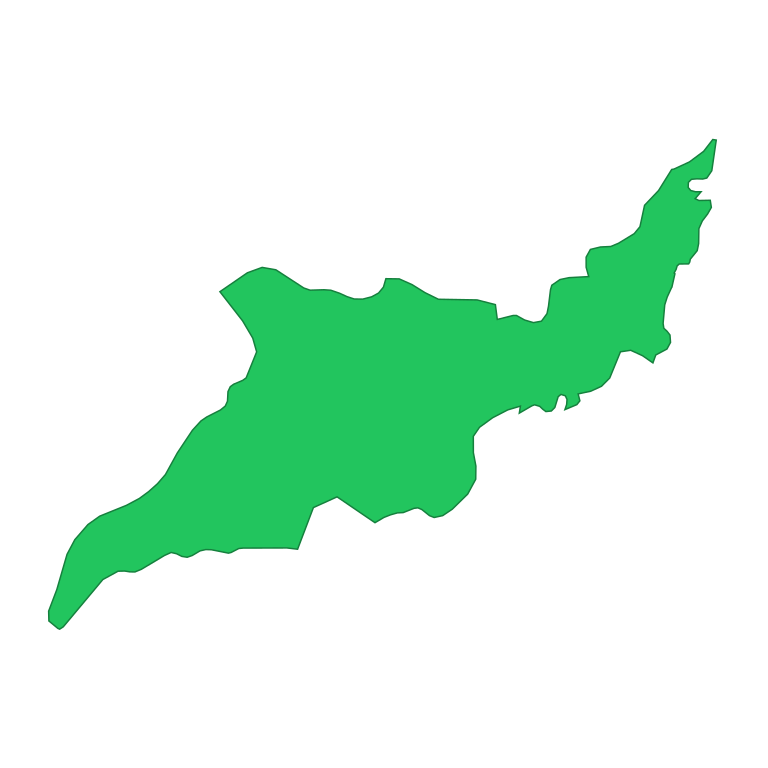 SVG path tracing the border of Iloilo, rotated 9°
{"feature_id": "PHL-2529", "entity_name": "Iloilo", "entity_type": "Province", "adm_level": 1, "iso_a3": "PHL", "parent_name": "Philippines", "parent_adm1": "", "projection": "orthographic", "projection_center": [122.71, 11.03], "detail": "fine", "context": "isolated", "style": "filled", "palette": "green", "viewbox_px": 768, "rotation_deg": 9, "n_neighbors": 0, "source": "natural_earth", "source_scale": "10m", "svg_char_len": 2419}
<svg xmlns="http://www.w3.org/2000/svg" viewBox="0 0 768 768"><g transform="rotate(9 384 384)"><path d="M324.5,560.7L313.8,561.1L270.5,568.1L266.3,569.2L259.4,574.3L256.8,575.4L239.4,574.7L233.9,575.4L228.4,577.6L221.4,583.4L216.7,585.9L211.3,585.9L205.7,584.1L200.1,583.7L194.0,587.7L173.3,605.0L167.4,608.6L162.3,609.3L157.1,609.3L150.6,610.5L136.9,621.1L105.2,674.0L102.0,676.9L100.1,676.4L90.1,670.5L88.3,660.8L93.0,638.3L97.6,601.8L103.0,586.1L113.6,569.1L123.9,559.0L148.5,544.2L160.3,535.3L168.3,527.2L175.9,517.9L182.3,507.6L190.7,484.3L202.0,459.7L209.0,449.1L214.2,444.2L226.5,435.3L230.7,430.6L232.1,425.5L231.1,415.9L232.6,410.7L235.6,407.7L243.9,402.5L246.9,399.5L253.2,372.2L247.2,359.2L234.5,343.8L207.5,318.5L231.7,295.5L245.4,287.9L259.3,288.1L289.7,301.7L296.3,302.9L310.0,300.3L316.8,299.7L325.9,301.3L333.8,303.5L341.3,304.7L349.7,303.5L358.2,299.8L364.4,295.0L368.3,288.4L369.4,279.7L382.6,277.8L396.3,281.5L410.3,287.4L424.5,291.8L462.8,286.4L481.6,288.2L485.8,302.5L500.9,296.1L504.1,295.6L512.9,298.8L522.0,300.0L529.7,297.3L534.0,289.0L534.3,281.5L533.7,264.8L534.3,260.2L541.5,253.3L550.2,250.0L569.4,245.9L565.4,237.1L563.8,227.1L566.8,218.8L576.4,214.8L586.5,212.7L593.6,208.3L607.6,196.4L612.2,188.6L613.4,166.7L624.9,150.0L634.6,127.1L636.7,126.4L650.9,116.9L663.3,104.2L670.5,91.1L674.0,91.1L674.4,122.1L670.6,130.1L666.7,131.7L661.0,132.4L655.7,133.7L653.1,137.2L653.7,142.3L656.7,144.9L661.6,145.4L667.1,144.5L662.3,152.3L666.3,153.5L677.5,151.5L679.7,158.4L677.0,165.5L672.9,173.1L670.7,181.3L672.8,196.1L672.5,203.3L667.0,212.8L666.9,215.7L666.1,217.7L656.8,219.3L655.0,221.6L654.6,225.0L653.2,229.0L654.1,229.6L653.2,243.4L652.9,243.9L650.1,253.9L648.9,261.9L650.2,280.5L651.7,285.2L655.3,287.6L658.8,290.9L660.5,298.1L658.0,305.2L647.9,312.8L646.3,321.1L634.9,315.6L622.4,312.1L612.5,315.2L606.0,342.8L599.2,352.2L589.3,358.8L577.3,363.4L580.1,370.0L577.7,374.2L566.7,381.0L567.6,375.7L567.2,370.7L565.0,367.3L560.4,366.6L558.0,369.3L556.4,380.5L553.5,384.5L548.2,385.9L544.8,384.1L541.3,381.7L536.0,381.0L533.5,382.4L522.2,391.6L522.2,384.5L510.3,390.2L496.6,400.3L485.1,411.8L480.4,421.7L483.0,437.8L487.6,450.7L489.5,463.7L483.9,479.6L471.0,497.0L462.6,504.8L454.4,508.0L449.5,506.9L441.1,502.1L436.9,501.0L433.1,502.1L423.1,508.0L417.4,509.2L410.9,512.2L404.8,515.8L396.8,522.4L355.3,502.8L333.6,517.1L324.5,560.7Z" fill="#22c55e" stroke="#15803d" stroke-width="1.5"/></g></svg>